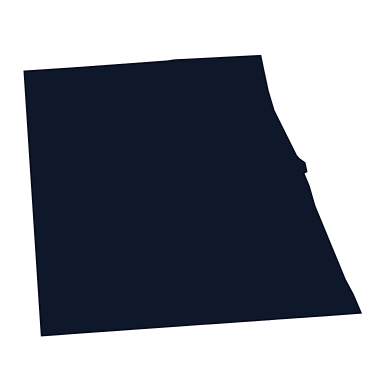 Ashtabula, Ohio, United States of America, rotated 86°
{"feature_id": "52423323B34743732368607", "entity_name": "Ashtabula", "entity_type": "district", "adm_level": 2, "iso_a3": "USA", "parent_name": "United States of America", "parent_adm1": "Ohio", "projection": "robinson", "projection_center": [-80.712, 41.739], "detail": "fine", "context": "isolated", "style": "filled", "palette": "ink", "viewbox_px": 384, "rotation_deg": 86, "n_neighbors": 0, "source": "geoboundaries", "source_scale": "gbopen_adm2", "svg_char_len": 556}
<svg xmlns="http://www.w3.org/2000/svg" viewBox="0 0 384 384"><g transform="rotate(86 192 192)"><path d="M59.9,350.9L324.8,352.1L324.8,332.7L324.7,325.7L324.6,255.3L324.6,238.2L324.6,237.2L324.6,217.0L324.5,191.6L324.6,182.8L324.6,174.3L324.5,117.7L324.5,64.3L324.5,54.4L324.4,32.8L324.4,31.9L305.6,38.4L290.3,45.3L214.4,70.6L194.2,74.9L181.0,79.4L179.6,76.2L170.8,77.4L166.4,82.8L163.0,85.4L116.4,104.7L96.7,109.1L76.3,112.0L66.4,113.3L60.8,114.1L59.2,200.2L59.8,207.8L60.1,304.2L59.9,350.9Z" fill="#0f172a" stroke="#020617" stroke-width="1.5"/></g></svg>